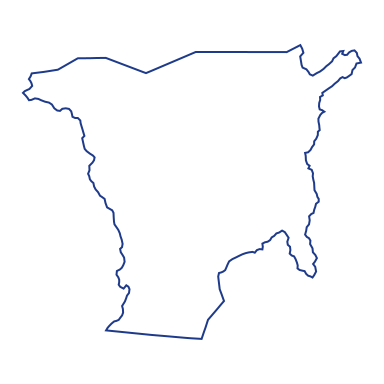 Madalena, Ceará, Brazil (Natural Earth projection)
{"feature_id": "56859067B9185631320714", "entity_name": "Madalena", "entity_type": "district", "adm_level": 2, "iso_a3": "BRA", "parent_name": "Brazil", "parent_adm1": "Ceará", "projection": "natural_earth1", "projection_center": [-39.486, -4.884], "detail": "fine", "context": "isolated", "style": "outline", "palette": "blue", "viewbox_px": 384, "rotation_deg": 0, "n_neighbors": 0, "source": "geoboundaries", "source_scale": "gbopen_adm2", "svg_char_len": 3573}
<svg xmlns="http://www.w3.org/2000/svg" viewBox="0 0 384 384"><path d="M106.1,330.4L151.1,334.9L166.6,336.2L186.1,337.9L191.5,338.3L201.6,338.9L204.0,331.8L205.5,327.6L208.0,319.8L213.5,313.4L216.5,309.9L221.6,303.8L224.0,301.0L221.6,294.3L219.7,289.2L218.2,276.5L219.0,273.0L221.3,272.4L223.3,271.5L225.2,270.1L226.3,267.6L227.5,264.7L229.1,261.4L232.4,259.1L236.2,257.3L239.0,255.9L242.6,254.2L245.8,253.1L248.8,252.4L252.6,251.9L254.8,252.7L256.9,250.1L259.6,249.1L262.4,249.4L262.8,246.7L262.4,243.6L264.9,242.3L267.7,241.7L270.1,240.1L271.7,237.4L274.2,235.9L276.4,233.4L279.0,232.6L282.1,230.6L284.8,232.1L286.9,235.2L288.6,237.8L287.3,241.7L287.8,244.8L290.0,246.7L290.4,250.1L289.7,253.6L291.7,255.5L294.1,256.4L295.6,259.2L296.9,262.5L297.7,265.4L297.5,268.4L299.6,270.0L302.5,270.7L304.6,271.1L306.1,273.8L308.1,275.7L310.5,276.4L312.5,277.5L314.2,275.1L316.1,271.5L315.2,266.8L313.1,264.0L314.9,261.7L316.9,258.1L315.3,254.9L312.9,252.3L312.5,248.3L310.1,244.1L310.4,240.6L309.0,238.2L306.8,236.9L305.1,234.6L306.2,230.7L306.7,227.2L309.0,224.4L309.7,220.3L309.1,216.3L311.3,214.0L313.5,213.0L314.2,209.8L315.3,206.7L316.0,203.8L318.7,201.7L318.7,198.9L317.4,196.9L316.7,193.9L314.5,190.2L314.3,186.4L314.1,182.8L313.4,180.0L312.7,176.4L313.0,173.3L311.7,169.8L308.4,168.4L309.6,165.8L307.2,164.0L305.9,160.3L305.7,155.8L305.1,152.9L308.1,152.3L310.5,150.0L312.1,147.0L314.1,144.4L314.2,141.3L316.2,138.8L317.8,135.1L317.9,131.7L319.7,130.1L319.4,127.6L319.2,125.1L318.5,121.7L318.4,118.7L320.3,114.9L322.1,112.9L324.3,111.7L322.2,110.2L319.7,109.4L319.0,106.5L319.2,103.0L320.2,99.9L320.0,97.0L322.8,95.4L322.3,92.9L325.2,90.9L328.9,88.3L332.1,86.2L334.7,83.7L338.0,81.1L340.2,78.4L342.5,77.1L344.7,78.2L346.8,77.5L349.1,75.9L351.6,74.1L352.5,70.0L355.0,67.5L356.5,63.5L361.0,62.6L359.5,58.6L357.5,56.2L356.8,52.9L354.5,50.4L351.7,50.9L349.1,52.4L347.1,54.8L344.8,55.1L342.2,53.8L343.3,51.0L340.0,51.4L338.0,54.0L336.3,56.2L333.5,58.3L332.1,61.3L328.8,64.3L326.4,66.1L323.6,68.9L319.9,71.6L316.8,73.1L312.8,75.6L309.8,74.3L308.6,72.1L306.4,69.3L302.6,67.6L301.6,65.0L301.0,61.3L300.2,56.4L303.4,52.8L302.2,48.7L300.3,45.1L286.7,52.1L228.4,52.0L220.6,52.0L195.7,52.0L150.6,71.2L146.0,73.1L143.5,72.2L105.8,57.9L96.8,58.0L93.4,58.1L90.1,58.2L77.8,58.3L57.9,69.7L43.9,71.9L31.7,73.4L30.6,76.4L28.9,79.1L30.4,81.1L31.5,83.3L32.2,85.9L29.4,89.0L26.7,90.2L24.7,91.2L23.0,92.9L25.5,95.4L27.4,97.7L29.0,100.2L31.4,99.9L34.9,98.4L38.3,98.9L41.3,100.3L45.0,101.7L49.0,102.6L51.9,104.5L54.3,108.3L57.2,110.5L60.0,110.9L62.3,108.8L65.7,108.3L69.0,108.9L71.2,111.3L71.9,113.9L72.5,116.8L75.1,118.0L77.8,118.0L80.3,120.5L80.6,123.1L81.5,126.2L82.4,129.1L83.4,132.6L84.4,135.9L82.2,138.2L83.1,142.3L83.9,145.9L84.7,148.9L86.7,151.2L90.0,153.7L92.9,155.5L94.6,157.4L94.0,160.3L92.4,162.7L89.3,165.8L89.5,170.2L88.1,173.8L89.2,176.1L89.9,179.3L91.4,181.3L93.4,183.0L94.1,186.5L95.6,189.4L98.1,192.2L100.0,195.7L102.0,197.0L104.6,198.9L105.5,203.0L107.1,207.4L112.2,210.3L113.5,212.8L113.7,217.3L114.0,221.7L114.5,224.4L116.6,227.4L118.3,229.9L119.8,233.3L120.5,236.3L121.7,239.7L122.6,243.9L122.0,247.2L120.1,248.9L120.8,252.3L122.4,254.7L124.1,257.6L124.6,261.8L123.3,265.1L121.8,267.8L119.9,269.5L116.9,271.0L116.5,274.7L118.3,277.3L119.2,279.7L119.2,282.2L118.7,284.7L120.2,286.8L123.6,288.6L126.3,285.3L128.4,286.7L129.5,289.2L129.0,293.0L127.0,295.6L126.1,298.4L124.9,301.5L122.1,306.0L122.9,309.0L123.1,312.6L122.1,315.4L120.3,317.7L118.7,319.9L116.4,320.9L114.2,321.4L111.5,323.6L109.0,326.2L107.5,328.0L106.1,330.4Z" fill="none" stroke="#1e3a8a" stroke-width="2"/></svg>